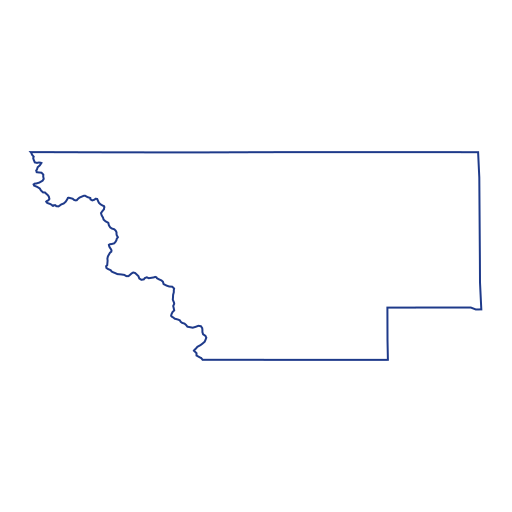 the district of Glacier, Montana, United States of America
{"feature_id": "52423323B15863349555914", "entity_name": "Glacier", "entity_type": "district", "adm_level": 2, "iso_a3": "USA", "parent_name": "United States of America", "parent_adm1": "Montana", "projection": "robinson", "projection_center": [-113.626, 48.654], "detail": "fine", "context": "isolated", "style": "outline", "palette": "blue", "viewbox_px": 512, "rotation_deg": 0, "n_neighbors": 0, "source": "geoboundaries", "source_scale": "gbopen_adm2", "svg_char_len": 2752}
<svg xmlns="http://www.w3.org/2000/svg" viewBox="0 0 512 512"><path d="M202.6,359.8L386.6,359.9L387.9,359.8L387.5,340.1L387.4,307.6L470.7,307.5L475.9,309.5L481.3,309.4L480.0,282.5L479.9,260.7L479.3,177.7L478.1,152.2L426.4,152.1L388.5,152.1L343.2,152.1L304.6,152.1L258.0,152.2L200.5,152.4L164.6,152.4L101.9,152.3L30.7,152.1L31.2,152.7L32.1,154.8L33.7,156.7L33.2,158.1L33.7,159.8L34.8,162.4L37.0,162.9L38.9,162.5L40.7,162.7L41.4,163.0L39.8,165.4L37.7,167.2L36.9,169.6L36.2,170.5L36.7,172.2L38.3,172.4L41.5,172.7L43.3,174.6L43.2,176.4L43.7,178.9L42.6,180.7L39.3,182.6L36.2,183.5L34.8,183.6L33.6,184.4L34.1,185.6L37.2,186.9L39.8,188.5L40.9,190.4L43.0,192.4L45.0,192.5L46.2,193.7L47.7,195.0L48.8,196.5L49.4,198.9L48.4,200.3L46.9,201.0L46.2,201.6L46.8,202.6L47.9,203.2L50.2,204.0L51.8,204.9L52.6,205.8L53.5,205.8L53.9,205.2L55.4,205.2L56.3,206.2L58.5,206.4L59.8,205.5L61.3,204.4L63.7,203.5L65.7,201.7L67.3,199.2L67.9,197.9L68.6,197.7L69.9,198.0L72.6,198.7L74.2,200.0L75.7,200.4L76.8,200.2L77.7,199.1L79.5,197.6L81.6,196.7L83.7,195.8L85.0,195.7L87.5,197.1L90.3,198.0L90.5,199.4L92.3,200.4L94.2,199.8L95.7,198.7L97.2,199.0L98.1,201.1L98.9,202.8L100.5,204.3L102.7,205.6L104.0,206.1L104.4,207.1L104.1,207.9L104.0,209.2L102.1,211.5L101.0,213.1L101.6,215.2L102.2,216.3L103.0,217.6L103.6,219.6L105.5,221.3L108.3,222.8L108.9,225.3L110.2,227.4L111.8,228.5L114.3,229.3L115.7,230.7L116.5,232.3L116.5,234.1L116.8,235.4L117.9,237.2L116.7,238.9L116.4,240.3L115.4,242.0L114.1,243.4L111.3,244.1L110.2,244.1L108.9,244.8L109.0,245.6L109.6,247.2L110.9,249.1L111.5,250.3L111.3,251.7L110.0,252.7L108.9,254.6L107.9,256.4L107.4,258.6L107.6,260.8L107.4,262.9L107.2,265.2L106.1,266.2L106.4,267.9L107.6,268.8L109.3,269.6L110.7,270.2L111.6,271.5L113.2,272.3L115.0,273.0L117.4,274.1L120.9,274.4L124.3,274.9L126.3,276.1L128.5,276.1L130.3,274.6L131.5,273.5L133.2,272.5L135.1,273.0L136.4,274.2L138.4,276.1L139.3,278.5L141.4,279.8L143.8,279.4L144.8,278.1L146.8,277.3L148.7,278.2L150.8,277.9L153.8,277.4L155.2,276.9L156.4,277.3L156.9,278.2L158.9,279.3L161.4,280.4L162.9,281.7L163.6,284.1L166.6,285.6L169.2,286.5L172.2,286.7L174.1,288.5L173.8,290.2L173.8,292.2L173.1,294.9L173.0,297.3L172.8,299.7L174.0,302.6L174.2,303.8L173.2,306.0L173.7,308.0L174.2,310.4L172.5,312.1L171.5,314.2L171.1,315.8L172.0,316.8L173.3,317.5L174.7,318.7L176.4,319.1L178.1,319.6L179.8,320.3L180.7,321.8L182.2,322.9L184.5,323.6L186.1,325.0L187.4,326.7L190.1,327.2L192.7,327.7L195.5,326.9L198.4,325.8L200.9,326.2L202.2,328.1L202.4,329.7L202.4,332.1L203.1,334.3L205.4,335.8L206.3,337.7L205.7,339.3L204.7,341.7L202.5,343.6L200.5,345.1L197.4,346.8L195.7,348.8L194.6,349.7L193.9,350.7L194.7,351.4L196.5,353.2L196.5,355.5L198.6,356.7L200.8,357.9L201.2,358.0L202.6,359.8Z" fill="none" stroke="#1e3a8a" stroke-width="2"/></svg>